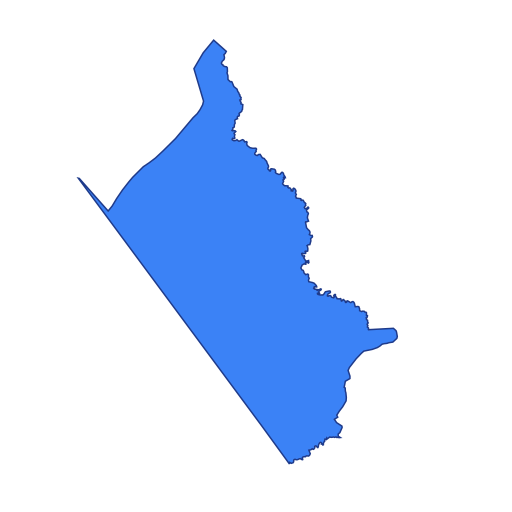 the district of 25 de Mayo, San Juan, Argentina, rotated 222°
{"feature_id": "61730980B22681975457322", "entity_name": "25 de Mayo", "entity_type": "district", "adm_level": 2, "iso_a3": "ARG", "parent_name": "Argentina", "parent_adm1": "San Juan", "projection": "natural_earth1", "projection_center": [-67.911, -32.038], "detail": "fine", "context": "isolated", "style": "filled", "palette": "blue", "viewbox_px": 512, "rotation_deg": 222, "n_neighbors": 0, "source": "geoboundaries", "source_scale": "gbopen_adm2", "svg_char_len": 6087}
<svg xmlns="http://www.w3.org/2000/svg" viewBox="0 0 512 512"><g transform="rotate(222 256 256)"><path d="M415.0,388.2L431.9,388.1L431.2,371.7L427.5,353.7L398.6,336.0L396.8,332.6L395.5,327.3L394.9,322.5L395.3,316.6L394.4,289.4L395.4,272.0L396.3,261.5L397.8,253.7L399.5,246.9L400.3,232.0L400.1,225.8L399.4,215.8L398.0,205.5L396.3,196.8L396.0,190.5L439.2,195.4L440.1,194.9L138.1,133.6L91.9,123.8L93.0,124.6L93.0,125.2L91.1,125.5L90.1,127.2L90.3,128.2L91.4,129.6L91.3,130.5L90.9,131.1L89.9,131.4L88.9,132.4L88.0,134.4L87.5,135.0L85.7,135.4L85.1,135.8L85.3,136.3L86.3,136.7L86.6,137.1L86.6,138.1L86.1,138.9L84.9,140.0L84.9,141.0L84.7,141.3L83.0,142.6L82.9,143.9L83.4,145.4L86.8,147.1L85.6,148.6L85.2,150.4L84.3,150.5L83.8,150.9L84.0,152.9L85.0,153.8L84.8,154.6L84.1,155.1L82.1,154.8L81.8,155.1L82.3,156.3L83.2,157.6L83.7,159.7L83.5,160.6L82.8,161.0L82.1,160.8L81.5,160.0L80.6,161.2L80.4,160.6L79.8,160.3L79.6,160.8L80.6,161.9L81.1,163.7L81.0,164.3L81.7,164.9L82.2,166.1L81.1,166.4L81.6,168.0L80.7,167.6L80.1,170.7L78.4,171.9L77.2,173.4L76.2,173.8L75.5,175.1L74.5,175.2L73.8,176.0L72.7,176.6L71.9,177.5L74.3,177.1L75.8,178.7L75.5,180.9L77.2,186.1L78.3,187.1L84.6,186.1L88.5,187.1L87.4,190.9L89.5,191.8L90.3,196.5L90.7,201.9L92.1,208.6L94.1,211.2L97.6,214.4L99.2,215.4L101.4,217.6L102.6,217.4L105.8,222.7L104.2,227.8L105.8,229.6L111.0,232.6L112.0,235.7L112.8,246.7L112.6,254.0L112.2,257.5L107.1,264.4L104.5,269.2L103.6,272.3L103.3,274.8L102.0,276.7L100.3,278.6L99.2,280.5L96.7,283.6L96.2,289.0L97.1,290.7L100.8,293.6L102.0,294.2L105.5,294.2L123.1,276.5L123.5,276.7L123.7,277.2L124.4,277.8L125.7,277.7L126.4,279.2L126.9,279.2L127.8,279.7L127.9,280.1L127.7,280.6L128.1,281.0L128.0,281.4L128.8,281.6L130.1,282.9L131.4,282.7L132.2,283.6L132.7,283.7L132.4,284.7L133.0,286.0L133.3,286.3L134.1,285.7L136.0,287.8L136.7,287.8L137.5,287.2L138.7,287.3L139.9,286.3L140.3,285.4L142.4,284.7L143.7,286.1L145.7,287.1L146.6,286.6L148.3,284.7L151.4,286.8L152.5,287.1L153.5,287.0L154.1,286.1L154.3,284.9L154.7,284.6L157.9,284.0L158.3,283.4L157.8,282.4L158.0,281.7L158.4,281.4L158.9,281.7L159.1,282.2L160.8,282.0L161.7,282.3L162.1,281.9L162.1,279.9L162.5,279.7L164.2,280.9L164.7,280.9L165.3,279.9L167.2,278.5L168.4,279.1L170.1,279.3L171.0,280.4L171.5,280.4L171.9,279.7L171.6,278.4L170.6,278.0L170.3,277.5L170.3,276.9L172.3,275.9L174.0,276.5L175.0,275.7L175.5,274.3L176.2,274.1L176.7,274.7L177.1,276.4L176.3,278.2L176.5,279.0L177.4,279.5L178.1,279.1L180.5,275.9L180.4,274.6L180.1,273.8L180.2,271.8L182.2,270.0L184.0,269.0L184.8,268.9L185.4,269.4L185.2,269.8L183.6,269.9L183.5,270.3L183.6,270.7L185.1,271.2L185.5,271.6L185.6,272.0L185.0,274.3L185.3,275.0L185.9,274.9L186.8,272.9L187.2,272.6L187.4,271.4L187.9,271.4L188.1,272.0L190.4,270.5L190.9,271.2L191.5,270.7L192.1,272.1L191.6,272.8L190.2,273.6L190.5,274.0L191.6,274.4L194.5,274.7L196.2,274.1L199.6,272.2L200.9,273.2L201.6,275.1L202.9,275.4L204.5,277.2L205.0,277.3L205.6,277.1L206.6,275.4L209.2,275.6L210.1,276.4L211.3,276.9L212.3,276.4L214.5,277.0L214.9,277.6L215.2,279.0L215.7,279.7L215.2,281.9L214.8,282.4L213.7,283.0L213.5,283.6L214.7,283.9L214.7,284.6L214.0,285.5L212.3,285.8L212.3,286.5L213.9,287.8L214.5,286.7L215.8,285.5L216.7,285.9L219.4,286.6L219.4,287.6L219.7,288.3L220.3,288.5L221.1,287.4L221.6,287.2L223.5,288.1L223.7,288.4L223.5,289.0L222.4,289.2L222.3,289.7L221.1,290.8L221.0,291.6L222.6,292.3L222.4,292.8L221.1,293.8L220.9,294.3L222.3,296.1L224.4,297.7L225.0,297.8L224.7,299.2L223.6,300.5L225.3,303.9L227.0,305.5L226.8,307.8L227.0,308.2L228.0,308.9L228.8,308.1L230.7,307.6L231.3,309.3L232.4,310.2L233.3,310.5L235.0,310.5L237.3,310.8L241.8,314.2L241.9,314.7L241.2,315.3L240.3,317.1L242.5,318.2L243.5,318.9L244.7,320.7L245.4,322.5L246.1,322.9L246.9,323.1L247.7,322.8L249.5,324.1L249.0,325.5L248.9,326.8L249.3,327.2L250.1,327.2L250.2,325.4L250.7,324.6L251.4,324.0L252.6,324.4L252.9,325.4L252.8,326.8L253.6,327.3L254.0,328.2L254.9,328.4L255.6,328.1L258.2,329.0L259.0,328.5L259.5,327.6L260.0,327.6L260.3,328.2L261.1,328.5L264.8,326.0L265.6,326.6L266.2,326.6L266.7,327.0L267.2,328.7L268.9,329.2L269.6,330.8L270.3,331.4L271.9,331.9L273.3,331.7L273.5,331.1L273.4,330.4L272.8,330.1L272.2,328.8L273.5,328.0L274.1,328.9L276.2,329.3L276.8,329.0L277.1,328.5L277.9,328.3L278.5,328.5L278.7,329.2L279.1,329.5L281.9,327.3L283.9,327.3L284.7,327.6L285.4,329.9L286.6,330.4L286.9,330.8L286.4,331.6L286.6,332.2L286.8,332.5L287.6,332.3L288.1,332.7L288.1,333.5L286.8,333.4L286.5,333.8L287.6,334.4L289.7,334.9L291.0,335.8L292.1,335.9L292.5,335.8L292.9,335.3L292.8,332.8L293.6,331.9L296.1,331.0L296.8,331.0L297.5,331.1L297.7,331.8L299.1,332.8L300.4,332.8L302.9,331.2L303.3,330.4L302.3,329.3L302.2,328.7L302.6,328.4L303.2,328.3L303.9,328.7L305.0,328.5L306.0,329.2L306.3,330.6L307.2,331.4L309.8,332.4L311.4,333.4L314.1,333.7L315.0,334.0L317.0,333.2L320.9,334.3L321.9,333.3L322.2,332.7L322.1,331.8L322.4,331.4L323.6,330.9L325.0,330.8L325.6,331.4L325.8,332.3L325.8,333.8L326.5,334.2L327.0,335.6L327.5,336.0L328.2,336.0L330.6,333.8L332.9,332.5L336.4,332.2L338.1,333.2L338.8,334.6L339.2,334.7L339.7,334.6L340.8,333.2L341.5,333.3L342.1,333.8L343.3,333.7L343.9,333.4L345.2,330.2L345.9,329.7L348.0,329.7L348.3,328.4L349.5,326.9L351.2,326.4L351.9,326.8L352.1,327.9L351.1,328.4L350.6,329.0L350.6,329.5L352.1,330.4L352.9,332.1L354.0,332.2L354.5,332.6L354.3,335.0L355.1,335.1L356.5,334.3L357.1,333.4L357.8,333.2L358.2,334.9L359.0,335.8L358.5,336.8L358.5,337.4L360.0,339.2L360.4,340.8L362.4,342.4L362.6,343.6L361.6,345.7L362.2,345.9L363.0,347.0L363.1,347.5L362.3,348.6L362.7,349.7L363.8,350.3L364.0,351.4L363.6,352.2L363.5,354.2L364.0,354.9L364.1,355.8L367.1,359.7L369.1,359.0L369.9,360.2L371.3,360.5L372.4,361.1L371.7,362.2L372.8,363.1L373.1,363.8L374.9,364.0L375.6,364.9L376.1,364.7L378.1,365.8L379.7,366.1L381.7,367.3L385.8,367.1L390.4,369.3L391.2,369.0L391.7,368.3L394.9,368.4L397.5,371.2L400.1,372.7L400.6,373.9L403.3,376.7L404.5,376.9L405.8,376.0L407.5,375.5L408.2,375.6L408.7,376.0L409.1,375.7L409.8,375.7L410.8,376.2L411.4,378.2L411.2,380.4L411.5,380.9L411.4,381.2L412.2,382.4L414.6,384.2L414.4,385.9L415.0,388.2Z" fill="#3b82f6" stroke="#1e3a8a" stroke-width="1.5"/></g></svg>